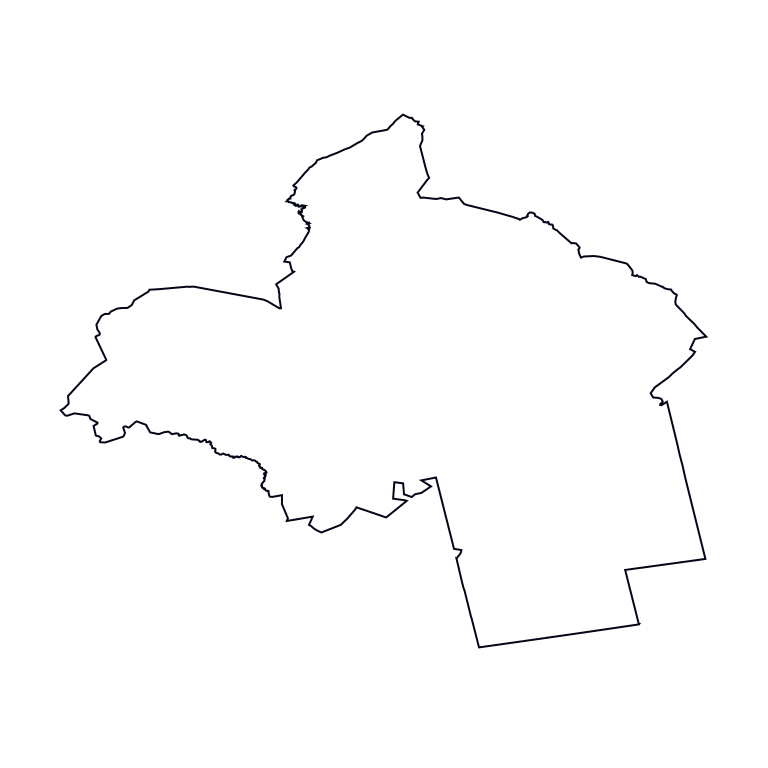 outline of Cīravas pag., Aizputes, Latvia, rotated 177°
{"feature_id": "27541924B26193226083198", "entity_name": "Cīravas pag.", "entity_type": "district", "adm_level": 2, "iso_a3": "LVA", "parent_name": "Latvia", "parent_adm1": "Aizputes", "projection": "equal_earth", "projection_center": [21.425, 56.745], "detail": "fine", "context": "isolated", "style": "outline", "palette": "ink", "viewbox_px": 768, "rotation_deg": 177, "n_neighbors": 0, "source": "geoboundaries", "source_scale": "gbopen_adm2", "svg_char_len": 6123}
<svg xmlns="http://www.w3.org/2000/svg" viewBox="0 0 768 768"><g transform="rotate(177 384 384)"><path d="M71.2,412.7L59.7,414.4L68.2,424.0L70.8,427.5L79.0,436.3L80.3,438.7L88.4,448.0L88.8,450.8L87.8,455.4L87.0,457.1L87.1,457.9L89.8,459.5L92.2,462.6L92.3,463.2L96.4,464.0L99.0,465.0L99.4,465.5L100.3,465.9L100.7,466.6L101.4,466.6L107.8,469.9L114.2,470.9L116.4,472.2L117.0,475.0L122.4,477.8L123.8,477.7L125.6,479.5L127.0,478.6L130.4,479.7L129.8,482.5L130.0,484.2L132.4,487.9L135.0,491.3L135.7,491.7L161.0,499.6L167.5,500.8L175.3,500.9L178.1,500.8L180.7,499.9L182.6,504.8L182.4,506.0L182.9,508.1L181.9,509.0L181.5,510.1L184.8,514.3L188.2,514.9L189.4,514.7L200.9,525.8L203.1,528.3L206.7,530.3L207.1,533.7L207.9,534.5L209.4,534.4L210.0,534.9L210.8,535.0L211.3,535.9L211.2,536.6L211.6,536.8L211.7,537.2L213.3,536.7L214.3,537.3L215.6,537.1L216.2,537.4L216.7,538.8L217.9,540.1L222.9,543.3L224.3,543.9L224.6,546.1L227.5,547.5L229.6,547.6L231.2,546.4L231.8,545.1L231.7,544.5L232.2,544.6L232.5,543.4L233.0,543.1L237.0,542.3L239.7,540.9L240.2,541.5L246.7,544.1L261.4,549.2L291.4,558.3L294.6,559.6L299.5,566.3L312.2,565.1L317.3,566.7L322.1,566.0L335.0,568.1L337.8,568.0L340.4,573.4L329.9,585.8L328.2,587.3L329.7,591.6L331.3,598.4L335.6,619.8L332.9,625.3L332.7,629.1L333.0,631.9L330.5,635.8L332.6,639.0L331.9,639.4L336.7,641.5L335.6,644.1L339.3,644.7L341.4,646.9L342.1,648.3L344.8,648.5L351.0,652.0L359.0,646.1L361.8,642.9L363.6,641.7L366.8,638.2L368.2,637.6L382.5,635.8L388.3,632.9L391.8,629.3L393.7,627.9L398.1,625.9L406.2,621.7L410.9,620.4L418.4,617.4L426.7,614.7L429.3,613.5L432.9,613.1L439.1,610.9L440.5,608.4L445.0,604.9L446.8,604.2L447.8,603.2L448.4,602.2L451.6,599.3L460.4,590.0L464.1,587.0L463.4,585.9L461.8,585.3L461.1,584.6L461.6,583.3L463.2,582.5L463.3,582.2L462.7,581.0L463.6,578.2L464.5,577.5L467.0,576.7L467.6,575.4L468.3,574.7L467.9,574.1L469.7,573.7L470.5,573.0L470.2,572.7L471.5,571.6L470.5,571.5L469.8,570.7L467.4,570.3L466.4,569.5L465.2,569.7L463.7,569.1L463.3,568.6L464.4,567.7L463.4,567.1L462.9,566.5L462.2,566.6L461.3,567.6L460.4,567.6L460.0,566.8L460.3,565.9L459.9,565.5L459.2,565.5L456.8,566.8L453.4,566.1L454.9,565.4L452.8,565.2L453.4,565.0L453.7,564.3L457.4,562.8L456.8,561.0L457.0,560.0L458.7,560.1L459.9,561.1L460.5,560.0L460.4,559.3L459.8,559.0L459.8,558.6L458.9,558.5L458.6,557.7L458.0,557.9L457.4,556.7L456.0,555.8L456.9,555.2L455.8,552.1L454.3,550.5L453.4,550.1L452.8,549.2L452.1,549.5L451.3,548.9L450.4,549.1L450.3,548.8L450.6,548.7L451.8,548.1L451.2,548.0L452.0,547.7L451.0,547.2L451.1,546.9L450.3,545.8L450.5,545.0L450.1,544.4L452.4,543.8L451.3,543.3L451.7,543.1L451.7,542.8L450.5,542.5L451.3,539.7L455.2,533.9L457.1,530.6L460.9,526.4L461.5,525.2L463.5,524.1L470.1,517.1L474.8,515.7L477.1,511.5L471.7,510.4L470.7,504.8L469.7,501.6L468.0,500.8L486.5,489.2L484.2,484.6L484.1,480.5L483.7,479.8L484.0,476.2L482.9,465.1L484.0,464.9L485.2,465.5L496.0,472.7L500.0,474.6L568.9,491.2L574.1,491.2L574.8,491.5L602.7,490.5L613.4,490.4L614.4,488.6L629.1,480.6L631.7,476.1L636.1,473.4L642.9,473.6L646.7,473.2L653.1,470.6L654.4,469.0L655.2,468.4L659.0,468.6L662.7,466.8L668.1,458.3L667.4,453.5L665.2,449.8L665.2,448.7L665.7,447.9L668.8,446.9L669.7,446.0L660.2,423.0L660.2,422.3L673.3,414.9L700.2,388.5L699.9,381.6L700.1,380.7L704.5,376.8L708.3,374.6L704.0,369.4L702.8,369.0L701.5,369.0L695.4,370.7L694.3,370.8L680.6,368.1L679.8,367.3L679.3,365.1L678.8,364.3L672.1,360.4L672.5,359.4L676.2,357.3L674.6,348.2L674.3,347.5L671.4,346.6L669.2,344.5L670.9,341.7L670.8,341.1L669.9,340.6L665.4,340.2L647.4,345.0L646.4,346.1L645.2,348.8L646.7,354.0L646.5,354.6L645.5,355.1L643.7,355.1L642.0,354.1L640.7,353.9L634.3,359.0L632.8,359.6L624.0,355.8L623.3,355.0L623.4,354.6L620.0,347.9L612.0,345.8L610.5,346.0L606.0,347.4L602.1,347.7L601.0,347.2L598.4,345.0L594.2,345.6L592.3,345.3L591.3,344.2L591.6,343.4L590.9,343.0L589.5,343.5L587.4,343.7L586.6,344.2L584.3,343.3L583.5,342.3L582.9,340.5L582.3,340.1L580.4,339.8L579.7,339.1L579.0,338.8L572.8,338.0L571.3,336.9L571.0,336.6L571.2,336.3L570.7,335.9L569.5,335.8L566.0,337.7L565.2,337.6L564.7,337.3L564.5,335.4L564.1,335.1L562.0,335.2L561.5,335.9L560.8,335.8L559.6,334.2L560.6,333.0L559.1,331.3L558.8,329.1L556.4,328.5L555.7,327.9L555.8,326.6L556.2,325.7L556.0,324.7L555.2,324.1L552.9,323.2L551.5,322.1L550.1,322.1L548.2,323.0L546.2,321.8L544.9,321.4L542.8,321.5L542.4,321.1L542.0,319.9L538.4,319.4L538.6,319.1L539.1,319.1L539.1,318.8L538.0,318.1L535.9,318.8L535.8,319.1L534.3,319.4L533.8,318.6L532.9,318.7L532.1,318.3L530.4,319.7L528.8,318.6L526.1,318.5L525.7,318.2L525.9,317.5L525.7,317.3L524.5,317.1L522.9,316.2L521.2,315.9L519.6,314.5L518.2,314.7L516.9,314.3L516.2,313.5L514.7,312.7L514.5,311.8L512.3,310.6L512.3,310.1L513.1,309.1L513.0,308.7L512.1,308.0L512.0,306.9L510.2,306.6L510.0,305.4L507.9,304.4L506.2,302.7L506.3,302.1L506.0,301.6L506.2,301.3L507.9,301.2L507.8,300.9L508.5,300.3L508.2,300.0L507.2,300.1L507.6,299.6L507.0,299.0L507.8,298.4L507.5,297.5L507.7,297.2L508.9,296.6L508.9,296.0L508.1,295.3L508.7,293.3L509.6,292.8L509.8,292.2L510.5,291.7L510.7,291.0L511.5,290.5L511.3,289.6L511.8,289.0L511.1,288.3L511.3,287.6L511.1,286.9L508.7,286.1L508.4,285.7L509.0,285.1L508.0,284.6L507.1,283.5L505.4,283.4L504.9,283.1L504.8,282.7L505.1,282.1L504.4,278.4L503.9,277.5L501.6,277.1L491.7,278.3L492.2,269.3L487.0,254.9L488.2,252.3L462.1,255.3L466.3,247.2L464.3,246.0L461.4,243.2L458.8,241.4L454.3,239.0L434.5,245.6L427.7,251.5L419.5,260.0L418.0,262.3L388.8,250.6L367.4,266.1L369.2,266.8L380.9,269.0L378.8,285.4L370.1,283.8L369.8,272.8L362.2,269.7L358.7,272.3L352.3,273.3L342.4,279.3L351.7,285.8L337.0,287.9L322.7,215.7L315.4,214.1L316.0,211.9L316.8,210.4L320.6,206.1L320.8,206.2L316.5,182.3L315.4,176.7L314.4,173.5L309.2,146.6L308.9,146.0L302.9,116.0L217.2,123.6L142.0,130.6L141.7,131.0L142.1,131.0L152.9,185.7L72.2,192.5L87.9,273.7L90.1,286.7L92.5,298.1L94.3,308.9L102.4,351.5L107.5,348.6L108.1,348.3L109.3,348.6L109.2,349.4L106.9,351.3L106.6,351.9L107.6,354.2L108.6,355.0L111.5,355.9L115.9,356.4L118.2,360.8L113.7,366.5L99.1,376.0L95.2,379.5L90.3,383.1L87.0,385.2L73.7,397.0L73.7,397.5L71.7,399.8L76.5,402.8L71.2,412.7Z" fill="none" stroke="#020617" stroke-width="2"/></g></svg>